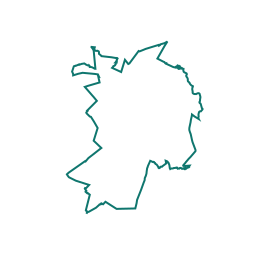 outline of San Ciro de Acosta, San Luis Potosí, Mexico, rotated 289°
{"feature_id": "50627088B368213739672", "entity_name": "San Ciro de Acosta", "entity_type": "district", "adm_level": 2, "iso_a3": "MEX", "parent_name": "Mexico", "parent_adm1": "San Luis Potosí", "projection": "orthographic", "projection_center": [-99.855, 21.589], "detail": "fine", "context": "isolated", "style": "outline", "palette": "teal", "viewbox_px": 256, "rotation_deg": 289, "n_neighbors": 0, "source": "geoboundaries", "source_scale": "gbopen_adm2", "svg_char_len": 5627}
<svg xmlns="http://www.w3.org/2000/svg" viewBox="0 0 256 256"><g transform="rotate(289 128 128)"><path d="M188.7,175.5L188.7,175.0L189.0,173.9L189.5,172.9L190.3,171.7L190.7,171.6L191.1,171.0L191.2,170.7L191.5,169.8L191.7,169.5L192.3,169.1L192.9,168.9L193.7,168.6L194.2,168.3L195.0,167.5L195.5,166.7L196.0,166.2L196.4,166.0L197.1,166.0L197.6,166.2L197.9,166.1L198.5,165.8L198.7,165.5L199.0,163.2L199.3,162.4L199.9,161.9L200.4,161.6L202.0,161.2L201.6,159.5L201.8,159.5L202.3,159.3L202.3,158.0L202.0,157.6L201.5,157.8L201.2,158.0L200.4,156.9L200.4,156.4L200.8,155.8L201.0,155.8L201.0,156.1L201.1,156.4L201.4,156.4L201.5,156.3L201.6,155.9L201.8,156.2L202.1,156.9L202.5,157.2L202.8,157.2L203.2,157.0L203.2,156.7L203.2,156.4L203.3,156.4L203.4,156.0L203.1,155.4L203.3,154.5L202.9,154.3L202.4,154.2L202.0,154.1L201.8,154.3L201.7,154.8L201.5,155.0L201.4,155.0L201.2,154.9L201.1,154.7L201.0,154.4L200.8,154.1L200.8,153.8L200.7,153.7L200.8,153.5L201.2,153.5L201.4,153.3L201.4,153.2L201.0,152.9L200.8,153.0L200.6,153.0L200.4,151.7L200.4,150.7L200.4,150.2L200.5,149.7L201.1,143.8L201.4,143.6L201.5,143.3L201.7,143.2L201.2,142.6L201.3,142.4L201.5,141.9L201.9,141.4L202.0,141.3L202.2,140.9L202.2,140.0L203.2,133.2L217.1,135.8L218.8,136.2L222.6,137.1L220.1,134.9L217.8,131.6L217.0,131.4L215.9,130.5L216.6,130.0L208.5,118.9L207.5,117.8L204.2,114.0L204.3,113.0L189.5,108.3L188.6,107.4L191.5,102.9L178.7,103.3L179.7,93.4L181.1,94.0L181.7,94.0L182.3,94.7L182.4,94.9L183.3,95.4L183.6,95.3L184.3,95.6L185.9,95.1L186.1,95.8L186.3,95.7L186.1,95.2L186.0,94.9L186.2,95.0L186.6,95.0L187.1,95.8L187.8,95.5L187.9,95.4L188.5,95.4L188.5,95.2L189.0,95.2L189.8,95.2L190.3,95.5L190.5,95.3L190.6,95.0L190.6,94.7L190.8,94.6L191.3,94.4L190.4,94.4L190.3,94.2L189.5,89.4L187.3,79.5L187.7,79.0L188.7,76.4L190.4,75.8L190.9,75.3L191.1,73.9L190.5,72.7L190.5,72.1L191.2,70.5L191.3,70.4L193.5,70.3L192.8,67.1L192.6,67.1L191.4,68.9L190.1,70.3L190.0,70.5L189.7,70.5L173.4,77.9L173.2,77.1L173.5,75.9L173.7,74.4L173.6,73.1L173.2,72.0L173.3,71.8L173.6,71.7L173.8,71.8L174.0,71.7L174.5,70.8L174.3,70.8L174.1,69.4L174.2,68.3L174.2,67.8L174.5,67.0L174.8,65.6L174.2,64.6L173.6,63.4L171.9,61.3L172.2,61.0L169.8,58.4L169.9,58.2L168.7,56.7L163.1,56.8L161.3,58.5L159.9,59.0L163.0,63.2L165.4,67.1L168.3,79.0L168.9,82.1L167.2,83.7L167.2,83.0L161.8,86.3L154.8,76.4L152.8,73.8L147.2,83.5L146.2,85.3L143.5,89.7L131.1,83.7L130.9,84.2L129.1,83.5L128.4,84.0L126.4,88.2L126.5,89.3L122.9,93.8L118.1,99.3L104.8,99.7L100.4,109.3L86.6,100.3L82.6,98.8L82.8,98.3L66.4,86.4L64.3,85.3L63.3,86.5L62.2,88.2L61.2,95.8L61.5,109.8L57.4,107.9L57.3,107.0L56.6,106.9L55.1,109.0L54.3,108.6L53.9,108.6L53.0,110.7L53.0,110.9L53.4,111.0L52.5,113.6L35.8,115.0L36.3,115.1L36.3,115.3L36.1,115.4L36.0,116.1L35.5,116.8L33.4,116.6L34.9,116.9L35.5,117.4L36.0,118.2L42.2,123.7L46.3,126.0L46.5,126.3L46.6,126.2L46.7,126.3L46.7,126.5L47.1,126.6L47.7,127.0L48.0,127.2L48.1,127.4L47.6,127.7L47.5,128.0L47.8,128.6L47.8,129.3L50.9,130.7L47.8,143.5L54.3,161.1L59.7,160.6L62.9,160.0L73.9,160.5L81.6,160.6L83.2,160.7L84.3,160.7L85.6,160.3L86.1,160.2L87.1,160.3L87.7,160.3L88.1,160.4L88.8,160.4L90.9,160.3L93.0,159.8L96.1,159.2L97.6,159.3L98.2,159.2L99.5,159.3L102.7,159.6L103.0,159.6L104.1,159.7L104.0,160.0L104.2,160.4L103.9,162.4L104.3,163.0L104.3,163.7L103.9,164.0L103.8,164.4L103.8,164.8L103.7,165.0L103.3,165.2L103.1,165.5L102.9,165.9L102.9,166.4L102.8,166.9L102.0,168.1L101.5,168.7L101.4,168.9L101.1,169.3L100.8,169.6L100.5,169.6L100.3,169.8L100.2,170.0L100.1,170.4L100.5,170.9L100.8,171.0L101.1,171.1L101.2,171.3L101.4,171.4L101.5,171.4L101.5,171.2L101.9,171.4L102.1,171.6L102.2,172.1L102.4,172.3L102.5,172.5L102.6,172.8L102.8,172.8L107.0,175.7L107.5,175.3L109.3,174.3L109.2,176.0L108.2,177.7L106.4,179.2L103.6,180.6L103.4,180.8L102.9,181.3L103.5,181.8L103.8,182.1L104.0,182.5L104.3,183.5L104.6,183.9L104.9,184.1L105.1,184.4L105.2,184.7L105.4,185.2L105.8,185.8L105.9,186.3L106.1,186.4L106.2,186.6L106.5,186.9L106.6,187.1L106.5,187.4L105.9,187.9L105.8,188.1L105.7,188.3L106.1,188.7L106.3,189.7L106.4,189.8L106.9,189.9L107.1,190.1L107.3,190.4L107.4,191.7L107.4,191.8L107.3,192.0L107.0,192.2L107.0,192.5L107.4,192.9L107.4,193.0L107.5,193.7L107.6,193.9L108.1,194.0L108.3,194.0L108.5,194.4L108.4,194.6L107.7,194.7L107.5,195.0L107.6,195.3L108.8,195.5L108.4,195.9L108.4,196.1L108.5,196.3L109.0,196.5L109.6,196.9L109.8,197.2L110.7,198.4L110.9,198.5L111.1,198.6L111.8,198.3L112.5,198.5L111.0,195.1L110.5,193.8L110.2,192.7L110.5,192.4L110.8,192.4L113.5,193.5L114.8,193.9L117.0,194.8L118.4,195.3L120.9,196.5L128.0,199.3L128.4,199.3L129.3,198.9L135.7,193.6L137.5,192.4L142.6,189.3L144.3,187.9L145.8,186.8L146.4,186.5L148.0,186.0L150.4,185.7L153.7,185.3L156.3,184.8L159.3,184.5L161.2,184.2L161.6,184.1L160.5,187.4L159.7,191.2L159.6,191.6L159.5,192.0L159.8,191.7L160.0,191.5L160.5,191.1L161.5,191.1L162.0,191.0L162.6,190.7L163.5,190.3L164.5,190.1L166.1,190.0L166.5,190.1L167.0,190.4L167.3,191.0L167.5,191.5L167.8,191.6L168.1,191.7L169.5,192.3L170.0,192.4L170.3,192.3L170.5,192.1L170.6,191.6L171.1,191.2L174.3,189.0L174.7,188.6L174.8,188.3L174.9,187.8L175.0,187.6L175.4,187.3L175.7,187.1L176.0,187.1L176.3,187.3L177.0,187.2L177.3,187.2L177.8,187.0L178.2,186.9L179.9,186.6L180.5,186.5L181.2,186.2L181.7,185.9L182.8,185.1L183.6,184.6L183.7,184.4L183.9,184.0L183.9,183.8L183.9,183.5L183.7,182.9L183.5,182.6L182.8,181.8L182.4,181.5L182.2,181.3L182.1,180.9L182.0,180.3L181.7,179.7L181.7,179.4L181.8,178.6L182.0,178.0L182.3,177.7L183.2,177.3L183.7,177.2L185.0,176.4L185.6,176.1L186.1,176.0L186.7,175.8L187.2,175.8L187.7,175.8L188.1,175.9L188.4,175.8L188.5,175.8L188.7,175.7L188.7,175.5Z" fill="none" stroke="#0f766e" stroke-width="2"/></g></svg>